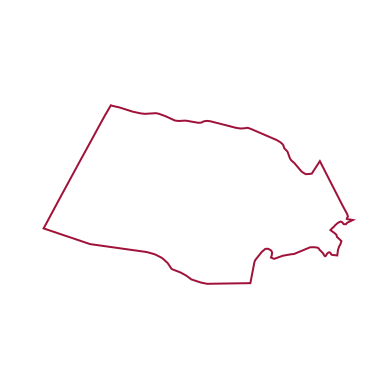 the border of An-Najaf, rotated 79°
{"feature_id": "IRQ-3061", "entity_name": "An-Najaf", "entity_type": "Province", "adm_level": 1, "iso_a3": "IRQ", "parent_name": "Iraq", "parent_adm1": "", "projection": "orthographic", "projection_center": [43.942, 31.079], "detail": "fine", "context": "isolated", "style": "outline", "palette": "rose", "viewbox_px": 384, "rotation_deg": 79, "n_neighbors": 0, "source": "natural_earth", "source_scale": "10m", "svg_char_len": 1769}
<svg xmlns="http://www.w3.org/2000/svg" viewBox="0 0 384 384"><g transform="rotate(79 192 192)"><path d="M199.4,344.6L194.3,340.4L182.4,330.7L170.4,320.9L158.5,311.1L146.6,301.3L137.5,293.8L128.4,286.2L119.2,278.6L110.1,271.1L99.2,262.0L99.2,261.9L91.4,255.1L92.2,253.8L95.0,247.4L101.8,234.9L105.0,227.5L106.3,223.3L107.7,212.6L108.1,211.4L108.9,209.6L112.5,203.6L118.4,195.4L119.1,193.7L119.8,191.2L120.6,185.3L121.0,183.8L125.1,173.1L125.6,170.5L125.5,168.7L125.1,167.8L124.9,166.8L124.9,165.2L125.2,163.1L126.2,160.2L137.3,136.8L138.9,132.4L139.4,129.0L139.6,125.1L141.1,122.5L157.2,98.9L160.1,95.7L162.0,94.2L163.7,93.4L165.9,93.2L166.6,93.1L169.7,91.1L170.9,90.5L177.4,89.5L179.1,88.9L180.5,88.1L183.1,86.0L192.6,80.7L194.4,79.0L196.2,76.9L196.7,73.2L196.8,70.9L186.1,60.6L233.7,46.9L243.2,43.9L245.8,43.6L247.0,44.7L247.9,45.2L248.4,44.5L248.8,43.2L249.0,42.5L250.2,39.4L251.7,45.2L252.4,46.4L253.0,47.0L252.6,49.1L250.2,50.5L249.4,51.7L249.6,53.0L250.4,55.2L252.3,58.3L253.0,59.1L253.8,60.3L254.3,61.3L255.8,63.4L259.5,59.9L261.6,58.4L262.0,58.4L262.9,58.3L263.7,58.3L268.7,54.7L271.5,56.2L273.8,58.1L276.8,59.8L282.0,61.5L280.5,66.4L280.2,66.8L279.8,67.3L279.3,67.4L278.7,67.5L277.6,68.2L277.4,68.8L277.4,69.5L277.8,70.3L278.2,71.1L278.9,71.7L279.8,72.4L280.4,73.2L280.4,73.7L279.8,74.1L276.9,75.2L273.2,77.7L271.2,78.6L270.4,79.8L269.5,82.7L268.8,86.5L272.3,103.6L272.0,107.5L271.9,115.1L273.3,124.1L271.4,127.0L269.6,125.9L266.8,124.9L264.6,125.4L262.3,128.0L261.8,130.8L264.1,134.9L270.8,142.8L272.7,144.1L292.6,152.1L285.0,194.7L282.6,200.5L277.7,209.3L272.9,213.7L268.9,218.5L263.9,226.4L263.2,226.9L257.0,229.5L251.9,233.3L250.2,235.0L246.0,240.5L242.3,247.9L223.7,302.0L200.8,342.2L199.4,344.6Z" fill="none" stroke="#9f1239" stroke-width="2"/></g></svg>